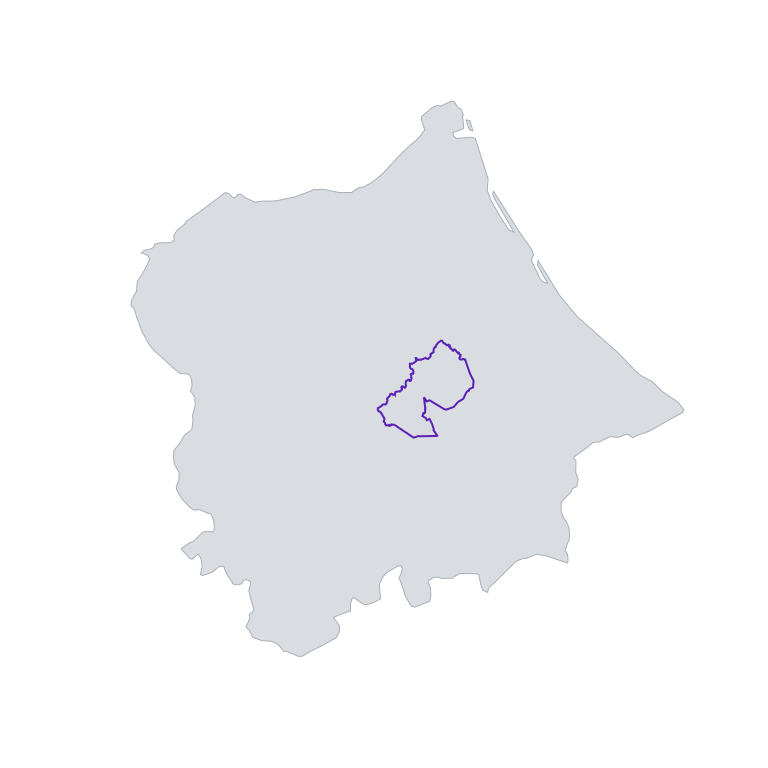 Marahoue, Marahoué, Ivory Coast shown in context, rotated 243°
{"feature_id": "98640826B99867209198649", "entity_name": "Marahoue", "entity_type": "district", "adm_level": 2, "iso_a3": "CIV", "parent_name": "Ivory Coast", "parent_adm1": "Marahoué", "projection": "albers", "projection_center": [-5.732, 7.127], "detail": "fine", "context": "in_parent", "style": "outline", "palette": "violet", "viewbox_px": 768, "rotation_deg": 243, "n_neighbors": 0, "source": "geoboundaries", "source_scale": "gbopen_adm2", "svg_char_len": 9421}
<svg xmlns="http://www.w3.org/2000/svg" viewBox="0 0 768 768"><g transform="rotate(243 384 384)"><path d="M191.6,173.0L193.9,173.0L200.0,171.2L205.6,167.2L210.8,158.7L217.8,151.9L225.6,152.4L227.9,151.2L230.7,151.0L233.9,155.5L237.2,158.9L239.6,159.0L241.3,165.5L255.6,168.2L261.7,170.0L266.8,174.7L268.6,174.9L270.8,173.9L272.5,172.2L272.9,170.4L270.7,166.2L271.6,162.3L274.0,158.9L277.6,158.7L283.2,157.8L289.5,157.8L294.3,158.4L296.2,155.0L294.4,145.4L294.9,140.1L295.7,135.6L297.4,133.8L304.5,139.4L311.0,141.5L315.6,141.6L316.9,140.6L314.9,134.4L315.5,132.6L317.2,131.5L320.2,130.9L328.5,128.4L329.4,128.9L330.9,138.6L330.2,141.7L331.9,148.3L334.1,154.4L333.9,156.9L332.1,160.6L330.0,164.1L330.3,165.5L333.5,167.9L339.9,170.3L346.4,170.9L350.0,167.3L353.8,164.4L356.4,161.9L357.3,158.1L361.5,155.3L373.3,151.8L384.2,151.2L386.8,152.3L391.7,157.7L398.0,161.3L407.5,160.8L414.4,163.0L420.4,167.1L424.4,176.2L428.8,182.7L430.7,192.1L437.6,196.9L443.0,199.2L450.4,205.9L458.0,209.4L465.8,208.5L469.5,212.1L475.4,214.6L481.2,214.7L486.4,206.9L493.2,203.8L510.4,197.5L517.2,194.6L524.1,192.8L540.6,192.2L556.1,194.0L563.7,195.4L569.0,194.3L574.0,198.0L579.1,205.8L583.4,208.3L587.7,210.9L590.9,217.1L594.7,223.1L596.8,225.8L601.4,231.8L605.4,231.9L609.3,229.3L611.0,227.3L611.8,231.3L610.3,237.7L610.6,241.7L612.8,243.2L611.6,248.4L607.1,257.2L607.2,262.3L611.7,263.9L614.9,269.4L616.9,278.8L618.9,281.9L619.1,283.8L622.5,306.5L626.7,329.3L624.2,332.3L620.7,333.2L618.4,334.3L617.7,336.4L619.3,339.5L618.3,342.4L613.9,344.4L604.3,351.7L603.7,354.6L601.2,360.8L599.1,364.6L596.0,371.6L591.1,390.1L589.3,405.5L589.1,410.2L587.2,413.5L585.0,418.3L574.6,431.4L569.3,442.2L570.1,446.9L570.3,451.6L568.8,454.9L569.1,464.0L570.4,471.6L572.3,479.1L580.1,500.1L584.1,512.9L586.6,523.2L588.8,530.1L590.8,532.9L591.7,535.6L603.0,537.4L605.2,538.9L608.4,552.3L607.9,558.4L605.7,560.7L605.8,565.9L605.3,572.3L603.7,574.8L597.3,575.2L593.1,577.6L587.4,576.7L586.9,575.1L583.8,574.5L575.4,571.0L576.7,559.3L572.8,558.8L569.8,560.4L564.0,574.4L561.1,576.8L519.2,569.8L510.1,564.0L499.3,562.7L480.3,563.5L464.7,565.2L460.2,568.8L499.7,566.6L503.9,567.0L505.9,569.1L456.0,573.9L436.9,576.7L431.3,575.9L427.0,571.4L406.3,570.9L402.1,572.4L399.5,575.7L407.6,575.0L420.5,574.8L424.0,577.3L383.7,580.6L355.8,586.9L343.9,591.6L305.0,606.9L281.2,614.1L274.9,616.7L264.1,624.2L250.2,628.9L234.6,637.6L225.0,639.6L222.9,636.7L222.7,621.8L221.5,601.8L222.0,594.2L223.3,587.0L223.3,581.1L228.1,578.8L229.3,576.3L230.1,568.6L234.5,561.5L234.7,549.2L236.0,546.7L237.0,543.4L235.1,535.3L232.7,520.0L231.5,519.0L230.5,519.7L228.0,520.0L218.2,514.7L210.7,513.7L205.4,509.2L205.1,504.1L202.5,501.0L200.8,495.1L198.2,488.3L190.8,484.2L183.8,483.1L178.9,484.0L173.0,483.7L166.4,481.4L161.8,478.8L157.5,473.8L153.5,469.8L150.3,470.3L146.3,469.3L142.5,467.5L141.3,466.1L157.5,450.3L163.0,442.6L163.6,437.9L163.7,433.1L165.5,428.2L166.0,420.8L157.2,393.6L155.0,385.2L152.6,382.7L151.1,381.8L155.6,378.3L161.8,379.3L171.4,382.0L173.4,379.4L180.7,365.7L180.6,360.6L179.9,357.1L184.1,347.8L187.5,344.1L189.2,340.2L188.7,334.9L186.2,332.9L182.9,333.2L178.9,331.9L172.8,328.8L169.7,326.1L170.8,313.7L171.3,309.9L173.5,307.7L176.9,307.1L186.3,306.8L193.9,308.2L200.6,309.1L204.2,309.1L207.0,312.7L210.9,316.5L214.3,316.5L215.5,313.7L214.8,301.5L212.5,295.0L207.4,288.8L194.2,283.4L193.9,276.0L195.3,267.9L198.2,264.9L208.0,259.9L206.3,257.1L203.2,254.2L197.0,251.2L198.4,241.5L198.8,232.9L193.5,233.9L188.1,234.4L183.5,231.7L179.7,226.4L179.1,212.1L179.2,195.5L178.5,188.1L180.0,184.2L184.6,180.6L189.8,176.0L191.6,173.0ZM582.0,576.9L579.8,580.1L569.2,578.1L571.7,575.5L582.0,576.9Z" fill="#d9dde1" stroke="#a8b0b8" stroke-width="1"/><path d="M376.8,407.3L376.5,406.6L376.5,406.1L376.7,405.6L376.7,405.3L376.6,405.1L376.4,404.9L375.6,404.1L375.0,403.7L374.5,403.5L373.2,403.1L372.7,402.8L371.7,401.9L371.5,401.7L371.3,401.5L371.1,401.1L371.2,400.9L371.4,400.8L372.2,400.3L373.0,400.0L373.4,399.6L373.6,399.1L373.7,398.8L373.6,398.6L373.5,398.3L373.3,398.1L372.7,397.8L372.3,398.1L372.1,398.1L371.5,397.9L371.2,397.8L371.1,397.6L370.7,397.1L370.5,396.6L370.5,396.3L370.4,395.3L370.1,394.7L370.3,394.3L370.7,393.9L370.8,393.7L371.0,392.8L371.1,392.4L371.4,392.0L371.5,391.6L371.6,390.8L371.6,390.3L371.4,390.1L370.9,389.8L370.5,389.5L369.8,389.1L370.0,389.1L370.2,388.9L370.2,388.7L370.0,387.9L370.1,387.3L370.2,387.1L370.7,386.8L370.9,386.8L371.4,386.7L371.6,386.4L371.9,386.3L371.9,386.1L372.0,385.8L371.9,385.7L371.9,385.4L372.0,385.2L372.1,384.8L371.5,384.4L371.3,384.3L371.1,384.2L370.9,383.7L370.7,383.3L370.5,383.1L370.4,382.9L370.5,382.2L370.1,381.8L370.0,381.3L370.0,381.1L369.7,380.4L369.4,380.2L369.2,379.8L368.9,379.8L368.4,379.9L367.6,379.5L367.2,379.0L366.8,378.7L365.8,377.5L365.6,377.4L365.5,377.0L365.1,376.5L365.0,376.3L365.1,376.0L365.6,375.4L365.8,374.7L366.3,373.6L366.2,373.2L365.7,372.4L365.6,372.1L365.6,371.9L365.5,371.4L365.4,371.2L365.4,370.9L365.4,370.0L365.3,369.6L365.3,369.2L365.3,368.6L365.3,367.7L365.2,367.6L364.8,367.4L364.5,367.0L364.4,366.9L363.4,366.8L363.2,366.9L362.6,366.8L362.1,366.8L361.8,367.2L361.1,367.7L360.9,368.0L360.4,368.2L359.8,368.2L359.3,368.3L359.1,368.3L358.9,368.4L358.2,368.3L357.6,368.5L356.6,368.4L355.2,368.6L354.5,368.6L354.1,368.6L353.7,368.6L352.8,368.7L352.7,368.6L352.4,368.2L352.0,368.0L351.3,367.2L351.1,367.1L350.9,366.8L350.6,366.7L349.7,367.0L349.2,367.3L348.5,367.2L347.4,366.8L346.6,367.1L346.2,367.1L346.1,367.3L346.1,367.6L345.8,367.8L345.4,369.0L344.9,369.6L344.9,369.8L345.1,370.1L344.9,370.2L344.8,369.7L344.6,369.6L344.3,369.6L344.2,369.8L343.9,371.0L344.0,371.2L344.5,371.8L344.6,372.1L344.3,372.2L344.3,372.3L344.4,372.6L344.2,372.8L344.0,373.0L343.7,373.2L343.7,373.6L343.1,374.4L343.1,374.5L340.6,376.2L340.2,376.2L322.8,386.0L322.5,387.7L322.1,390.8L321.3,391.9L313.8,407.4L313.8,408.0L320.2,407.2L321.1,407.8L326.8,408.7L332.2,408.7L332.3,405.7L334.6,405.8L338.0,403.7L338.5,404.4L338.9,404.7L339.3,405.3L339.7,405.4L340.1,405.6L340.2,405.9L339.6,406.2L339.5,406.3L339.5,406.8L339.8,407.4L340.1,407.7L340.2,407.8L340.3,407.9L341.2,408.3L341.9,408.8L342.4,409.0L342.6,409.1L343.1,409.2L343.4,409.7L343.9,409.7L344.2,409.8L344.4,410.0L344.7,410.1L344.9,410.4L346.0,410.6L347.8,411.3L348.6,411.4L349.9,412.2L350.1,412.3L350.5,412.2L350.9,412.4L351.4,412.6L352.9,413.1L353.2,413.3L354.0,413.5L349.0,414.3L348.8,417.2L334.3,426.2L332.9,427.8L331.9,435.7L334.4,441.8L334.8,447.9L338.7,453.0L339.7,454.8L339.7,455.4L339.7,455.7L339.7,455.9L339.4,456.3L339.4,456.5L339.7,456.8L340.6,457.4L340.7,457.6L340.5,461.8L342.7,463.1L346.0,465.2L349.0,465.3L349.6,465.2L349.9,465.3L351.6,465.3L355.0,465.4L367.1,467.1L368.6,467.3L368.8,467.4L369.0,466.8L369.2,466.7L369.6,466.7L369.8,466.6L370.2,466.0L370.4,465.6L370.5,464.3L370.6,463.9L371.2,463.3L372.2,462.7L372.3,462.7L372.6,462.9L373.2,463.2L373.4,463.4L373.5,464.3L373.6,464.5L374.0,464.7L374.2,464.9L374.4,464.9L374.6,464.8L375.0,465.2L375.2,465.4L375.3,465.3L375.6,465.1L376.1,464.9L376.7,464.6L376.9,464.5L377.2,464.6L377.3,464.7L377.9,464.9L378.1,464.8L378.0,464.5L377.9,464.0L378.2,464.0L378.7,463.9L379.6,463.4L380.8,463.3L381.3,463.2L382.8,462.6L383.0,462.3L382.9,462.1L382.1,461.0L382.2,460.6L382.3,460.5L382.4,460.4L382.8,460.4L383.3,460.7L383.5,460.4L384.7,459.7L385.1,459.4L385.3,459.4L385.6,459.4L386.0,459.6L386.3,459.9L386.6,459.8L387.0,459.7L387.0,459.4L387.0,459.2L387.6,458.9L387.9,459.0L388.1,459.2L388.2,459.5L388.2,459.9L388.3,460.0L388.7,460.1L389.1,459.5L389.8,459.2L389.9,458.9L389.9,458.2L389.8,457.8L389.8,457.7L390.1,457.5L390.8,457.3L391.7,456.8L392.4,456.8L392.5,456.7L392.7,456.4L392.8,455.9L393.0,455.7L394.2,455.4L394.8,455.5L395.7,455.5L396.0,455.5L396.1,455.4L396.4,454.9L396.7,454.4L396.8,454.2L396.3,452.5L396.3,451.4L396.3,451.0L396.1,450.6L395.7,449.9L395.2,448.8L395.0,448.6L395.0,448.4L395.0,448.2L394.5,447.7L394.1,447.2L393.9,446.7L393.5,446.7L393.5,445.7L393.4,445.2L392.7,444.4L391.7,443.6L391.3,443.2L390.8,443.1L390.4,442.8L389.8,442.6L389.7,442.5L389.6,442.1L389.8,441.0L389.5,439.6L389.6,439.3L389.5,439.0L389.1,438.6L388.4,438.6L387.9,438.4L387.7,438.2L387.1,437.2L386.8,436.6L386.8,436.4L386.8,435.8L386.7,435.6L386.5,435.4L386.3,435.0L386.3,434.7L386.4,434.3L386.6,434.1L386.8,434.0L387.0,433.8L387.2,433.5L387.5,433.3L388.1,433.1L388.4,433.0L388.4,432.4L388.6,431.4L388.5,430.5L388.8,428.9L388.8,428.6L388.7,428.3L388.8,427.8L389.1,427.6L389.2,427.0L389.5,426.7L389.8,426.4L389.8,425.8L390.1,425.4L390.1,425.1L390.2,424.9L390.3,424.8L390.8,424.8L391.0,424.5L391.3,424.5L391.6,424.5L391.9,424.8L392.0,424.8L392.6,424.3L392.7,424.1L392.2,424.0L391.9,423.8L391.7,423.8L391.4,423.7L391.2,423.5L390.5,423.3L390.0,423.3L389.7,423.0L389.7,422.8L389.6,422.3L389.6,421.8L389.4,421.3L389.4,420.5L389.2,420.1L389.2,419.7L389.2,419.2L389.2,418.5L389.2,418.3L389.6,418.0L389.7,417.9L389.7,417.5L390.3,416.6L390.4,416.4L390.2,416.1L389.2,415.8L388.1,415.2L387.4,414.8L386.9,414.6L386.6,414.7L385.4,414.8L385.2,415.1L385.1,415.5L384.8,415.8L384.6,415.9L384.0,415.9L383.4,416.1L382.5,416.0L382.1,416.0L381.9,416.0L381.6,415.9L380.5,415.1L380.0,414.9L379.9,414.7L380.0,414.2L380.7,413.5L380.7,413.4L380.7,412.7L380.6,412.3L380.4,412.2L379.8,412.0L379.1,412.0L377.8,411.3L377.2,411.3L376.7,411.2L376.1,410.6L375.4,410.1L374.9,409.6L374.7,408.8L374.9,408.4L375.2,408.2L375.6,408.2L375.8,408.3L376.0,408.5L376.4,408.4L376.6,408.2L376.6,407.8L376.8,407.3Z" fill="none" stroke="#5b21b6" stroke-width="2"/></g></svg>